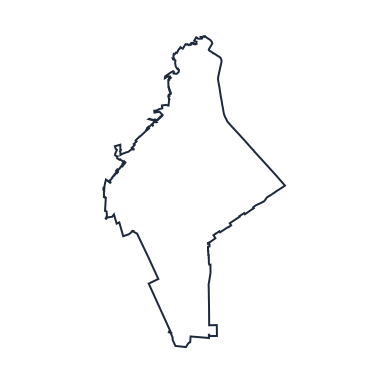 Sector 4, Bucharest, Romania, rotated 28°
{"feature_id": "2599482B40400618914194", "entity_name": "Sector 4", "entity_type": "district", "adm_level": 2, "iso_a3": "ROU", "parent_name": "Romania", "parent_adm1": "Bucharest", "projection": "mercator", "projection_center": [26.104, 44.382], "detail": "fine", "context": "isolated", "style": "outline", "palette": "slate", "viewbox_px": 384, "rotation_deg": 28, "n_neighbors": 0, "source": "geoboundaries", "source_scale": "gbopen_adm2", "svg_char_len": 5748}
<svg xmlns="http://www.w3.org/2000/svg" viewBox="0 0 384 384"><g transform="rotate(28 192 192)"><path d="M237.3,325.3L237.4,326.7L240.0,326.2L240.3,327.2L243.1,329.5L244.3,331.6L249.6,335.7L259.4,331.8L259.8,327.1L260.9,325.5L258.6,320.2L272.8,314.1L275.5,313.0L273.9,310.1L274.2,309.9L275.3,310.7L275.8,310.6L281.6,307.4L276.4,297.9L269.7,301.6L261.5,286.4L250.1,265.8L246.3,254.7L242.4,247.5L241.5,248.1L240.5,247.2L237.5,241.8L237.4,241.9L236.3,239.7L235.9,239.9L234.0,236.4L233.8,236.5L231.8,232.8L233.0,231.9L231.9,229.9L231.7,229.7L230.4,230.3L230.0,229.6L231.7,227.3L234.4,221.8L231.2,220.1L231.7,219.1L232.0,218.4L232.1,218.5L234.6,213.8L235.7,214.4L235.9,213.9L236.0,213.9L238.8,208.8L239.7,207.1L240.7,205.6L240.9,205.7L242.2,203.1L240.0,201.9L245.7,191.4L245.2,191.1L248.0,186.1L249.2,186.8L252.8,179.7L254.2,177.3L253.2,176.8L254.7,173.6L256.0,172.0L259.1,167.8L259.6,167.0L260.2,165.7L260.6,162.4L260.6,161.8L263.0,157.7L266.6,150.9L270.7,143.6L271.1,142.7L258.8,138.0L243.6,132.5L227.5,126.8L227.1,126.4L226.5,126.2L226.1,126.2L211.8,120.9L201.8,117.4L195.5,115.2L192.8,114.2L191.8,113.7L191.3,113.7L189.7,112.9L189.6,112.7L185.4,109.8L183.6,108.1L182.4,106.7L179.1,102.4L178.2,101.4L175.3,97.5L172.9,94.6L169.8,90.4L167.6,87.4L163.4,82.1L162.4,80.7L161.8,79.8L161.4,78.7L160.8,77.0L158.3,68.2L157.1,63.7L156.5,62.3L155.7,61.3L154.5,60.4L153.2,59.9L146.9,59.4L145.8,59.5L145.8,59.3L140.9,59.0L140.1,58.6L139.9,58.3L140.0,56.3L140.2,51.4L138.9,50.1L137.6,49.5L136.8,49.2L135.9,49.1L132.2,48.8L131.3,48.6L130.3,48.3L130.1,49.2L128.9,49.2L128.7,51.3L127.8,50.6L127.6,50.6L126.8,51.0L127.9,52.4L127.6,52.6L125.8,53.6L125.1,53.8L124.7,53.7L124.3,53.9L123.9,53.8L123.7,53.4L123.1,53.4L122.9,57.2L125.5,57.3L125.5,57.7L126.5,59.1L125.5,59.8L125.6,60.0L125.1,60.3L124.9,60.1L124.0,60.6L123.8,60.0L123.4,59.4L122.9,59.7L123.1,60.2L122.8,60.2L122.2,60.3L122.2,60.6L121.7,60.7L121.8,61.4L121.2,61.5L121.2,61.8L121.8,62.6L121.5,62.9L121.1,63.0L120.2,63.3L120.2,63.8L118.4,63.7L118.4,63.9L118.2,64.3L117.8,64.6L116.9,64.6L116.6,69.8L113.8,69.6L113.8,71.6L113.3,72.1L113.4,74.8L113.4,75.9L113.2,75.8L112.3,76.5L112.3,77.8L111.8,78.2L111.8,78.7L111.1,78.7L111.8,80.7L112.3,81.5L112.7,82.0L113.5,82.6L113.3,82.9L112.4,83.2L113.2,83.8L114.1,83.5L114.6,83.4L115.3,83.7L115.6,83.7L116.7,86.3L117.0,86.6L117.3,87.0L118.7,88.8L121.4,90.3L121.8,89.7L122.6,90.2L123.2,90.4L123.9,92.1L123.1,94.7L122.8,95.0L120.5,95.9L120.1,96.0L120.0,94.8L119.9,94.6L118.9,94.1L118.3,94.6L118.0,95.1L117.0,96.7L114.1,102.3L114.6,103.5L114.3,103.6L114.6,104.3L116.0,102.0L116.9,101.1L117.2,100.9L117.4,100.6L117.8,100.6L117.9,100.8L118.5,100.4L119.1,101.4L119.1,101.5L119.1,101.8L119.2,101.7L119.3,101.8L119.6,101.6L119.6,101.8L118.5,102.7L119.2,103.8L118.5,104.3L121.9,110.3L122.2,110.1L122.7,110.8L123.3,111.6L123.2,111.8L124.0,112.6L124.3,112.2L124.4,112.3L124.9,112.8L124.7,113.2L125.3,113.7L125.5,113.4L126.2,114.1L126.3,114.0L126.9,114.5L127.0,114.9L126.7,115.2L127.0,115.5L125.9,116.8L127.0,117.7L126.1,118.6L128.3,120.5L128.0,120.8L128.4,121.2L130.7,126.7L129.9,127.0L128.4,127.2L124.8,129.7L126.5,132.1L124.0,134.3L123.8,134.6L122.6,136.5L120.5,138.0L121.6,139.5L125.6,136.4L129.8,137.8L129.6,138.6L129.9,138.6L129.8,139.1L129.6,139.0L129.4,139.6L129.1,139.5L128.9,139.7L128.8,139.9L129.2,140.0L129.4,140.3L129.4,140.5L129.2,141.0L129.0,140.9L128.6,142.4L128.2,142.4L128.1,142.8L128.0,142.7L127.8,143.5L128.1,143.5L127.9,144.4L128.0,144.4L127.7,145.2L127.5,145.4L126.5,145.2L125.6,145.2L125.5,145.6L124.8,145.7L124.7,145.9L124.8,146.0L124.9,146.4L122.3,146.9L122.2,146.4L122.1,146.9L119.9,147.4L119.9,147.5L119.6,148.0L123.4,147.1L125.4,146.8L126.6,146.8L126.5,147.0L127.8,147.2L127.7,147.3L127.0,147.2L126.9,147.4L126.0,147.3L124.8,151.1L125.3,151.2L125.5,150.8L125.6,151.4L126.2,151.5L126.2,151.8L124.7,151.3L123.5,154.9L122.9,154.8L122.3,156.7L122.7,156.9L123.1,155.6L124.2,156.0L124.1,156.3L123.9,156.8L123.6,156.7L123.4,157.1L123.7,157.2L123.4,158.1L122.7,157.8L122.6,158.0L122.5,158.5L122.9,158.6L122.7,159.2L122.8,159.3L120.6,165.9L120.0,167.4L119.8,167.4L118.0,172.9L118.5,173.1L118.5,173.3L119.3,173.5L118.1,176.9L118.9,177.1L118.9,177.4L119.3,177.5L119.2,177.9L118.5,180.2L118.0,181.2L118.5,181.5L119.1,181.4L119.4,182.0L120.4,181.6L120.5,181.9L118.6,182.6L117.1,186.0L116.8,186.5L115.4,187.8L112.6,191.0L111.4,193.0L111.1,192.4L109.7,189.8L109.4,189.8L109.4,188.1L108.8,188.1L106.5,183.9L102.4,187.8L104.3,189.7L105.9,190.1L106.2,193.7L106.6,195.5L106.8,195.6L108.8,195.9L109.6,195.5L110.0,197.3L112.0,197.6L113.1,197.5L113.2,196.9L117.3,197.6L117.5,196.7L117.7,196.8L119.2,197.1L119.0,197.9L119.3,198.0L119.1,199.0L117.5,198.7L117.4,199.5L117.9,199.6L117.8,200.3L118.7,200.5L118.6,201.4L118.6,202.0L117.5,201.9L117.2,203.0L117.2,203.5L117.4,203.6L117.3,204.0L117.1,205.3L116.9,205.3L116.5,207.2L115.4,207.0L115.2,208.2L115.2,208.3L115.1,208.9L115.4,208.9L115.5,208.5L115.8,208.2L116.8,208.4L116.7,209.2L117.2,209.3L116.9,210.7L115.8,210.5L115.5,212.3L115.9,212.4L115.9,212.7L115.7,213.8L115.2,213.7L114.7,216.9L115.0,217.0L114.9,217.6L114.4,219.8L114.1,219.8L113.8,221.2L114.7,221.3L114.7,221.9L115.5,222.0L115.4,222.3L110.2,221.4L110.8,223.9L111.8,227.4L113.0,230.3L112.1,230.2L112.9,231.9L113.3,232.0L114.1,232.4L114.3,233.4L116.6,237.7L117.1,237.5L117.1,237.8L117.6,237.9L118.6,237.5L123.8,248.9L124.1,249.5L125.1,249.2L125.7,249.3L127.7,252.3L127.9,252.8L128.3,254.8L128.0,256.6L128.3,256.1L128.9,255.9L129.0,255.0L129.2,254.2L129.6,253.7L130.1,253.6L133.2,251.3L133.6,248.4L140.3,255.3L142.1,253.0L152.0,263.3L155.8,259.3L156.2,258.7L156.8,257.5L157.1,256.7L157.4,255.4L157.6,254.3L158.4,254.0L158.4,254.6L163.0,254.5L184.6,270.5L198.9,281.4L203.1,284.6L196.8,293.2L238.1,325.0L237.3,325.3Z" fill="none" stroke="#1e293b" stroke-width="2"/></g></svg>